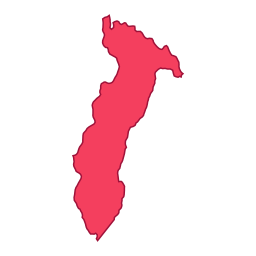 the district of Bertópolis, Minas Gerais, Brazil
{"feature_id": "56859067B74434501882476", "entity_name": "Bertópolis", "entity_type": "district", "adm_level": 2, "iso_a3": "BRA", "parent_name": "Brazil", "parent_adm1": "Minas Gerais", "projection": "natural_earth1", "projection_center": [-40.57, -16.985], "detail": "fine", "context": "isolated", "style": "filled", "palette": "rose", "viewbox_px": 256, "rotation_deg": 0, "n_neighbors": 0, "source": "geoboundaries", "source_scale": "gbopen_adm2", "svg_char_len": 3273}
<svg xmlns="http://www.w3.org/2000/svg" viewBox="0 0 256 256"><path d="M183.0,73.7L181.5,72.5L180.5,71.1L179.4,68.8L178.9,66.5L179.0,64.7L178.8,62.2L177.7,60.1L177.0,58.5L175.9,56.7L173.7,55.8L171.7,55.2L170.4,53.3L169.0,50.4L168.2,48.3L167.6,46.8L166.4,45.6L164.4,46.4L163.1,48.3L162.0,49.4L160.5,49.2L158.9,48.4L157.4,47.1L156.1,45.7L154.7,44.0L153.5,42.1L153.1,40.4L151.9,38.6L149.4,38.3L147.3,38.7L145.5,38.0L144.1,36.5L143.2,34.9L142.1,33.0L140.4,31.4L138.6,31.4L136.6,31.5L134.9,29.9L135.0,28.2L134.7,26.3L133.0,26.0L130.9,26.2L129.2,26.4L127.8,26.0L126.6,24.4L125.7,23.0L124.4,22.8L123.0,23.7L121.3,24.5L119.7,23.5L118.7,21.7L117.0,21.0L114.7,21.7L113.1,22.7L113.7,25.0L113.6,27.5L111.5,29.3L109.9,27.7L110.4,25.5L110.5,23.5L110.1,21.7L110.1,19.8L109.7,17.5L109.2,15.4L107.3,16.8L104.9,17.4L102.7,18.9L103.0,21.1L103.2,22.9L103.1,25.0L103.0,27.6L102.6,29.9L103.1,31.6L104.1,33.4L104.5,35.0L104.1,36.8L103.4,38.6L102.7,40.6L102.6,42.9L103.4,45.0L104.3,46.3L105.6,47.4L107.5,47.7L108.2,49.4L108.5,51.7L109.9,54.1L111.6,55.0L113.3,56.0L115.2,57.0L116.7,58.2L117.0,59.9L117.6,61.5L118.6,63.9L119.4,66.7L118.7,69.3L117.8,71.8L117.1,74.0L116.3,75.6L115.3,77.1L114.4,78.8L113.5,80.8L112.2,82.4L110.4,83.2L108.7,83.4L107.3,83.0L105.5,82.1L104.1,82.1L102.9,82.9L101.4,83.7L100.7,85.7L100.7,88.6L99.9,90.8L99.9,92.5L100.7,94.5L99.5,96.3L98.2,97.3L96.8,98.4L95.2,100.1L93.5,101.8L92.7,103.4L92.2,105.2L92.5,107.0L93.0,109.2L93.0,111.5L93.0,113.7L92.9,115.3L93.2,117.0L94.2,119.0L94.9,120.5L95.1,122.4L93.9,124.1L91.8,125.3L90.4,126.1L88.9,127.0L87.1,128.5L85.9,130.6L84.5,132.1L83.4,133.4L83.0,135.6L82.9,138.4L82.8,140.1L82.8,142.0L82.0,143.8L81.0,145.2L79.7,146.9L78.9,148.7L78.4,150.3L77.7,152.7L76.5,154.3L75.3,155.1L73.0,155.7L73.6,157.3L73.8,159.3L74.1,161.7L73.6,164.2L73.8,166.0L74.5,167.6L75.4,169.3L76.1,171.2L77.3,172.1L78.7,172.8L80.5,174.2L81.4,176.1L81.1,178.4L79.9,180.6L78.6,182.8L77.2,185.6L76.0,187.5L75.2,189.8L74.9,192.4L74.6,194.8L74.1,197.4L74.3,200.3L75.3,201.8L76.5,203.6L77.1,205.7L77.8,207.1L78.6,208.5L79.9,209.1L80.8,211.1L81.9,212.9L82.5,215.1L82.2,217.4L83.8,219.4L84.7,221.7L85.5,223.9L85.9,225.7L86.4,227.5L87.1,229.0L88.2,230.3L89.2,232.1L90.6,234.0L92.7,234.0L94.2,234.1L95.7,233.3L97.2,234.7L97.2,237.0L96.4,238.7L97.6,240.6L114.2,219.6L114.4,217.4L116.1,215.8L117.6,214.6L118.8,212.8L119.0,210.2L121.0,208.2L121.6,206.7L121.9,205.0L121.5,203.2L122.0,200.6L122.0,198.6L123.7,196.7L124.1,194.9L124.4,190.6L124.4,188.4L124.5,186.3L123.7,184.7L122.3,182.3L121.1,181.4L118.7,181.6L117.9,175.3L117.6,173.3L117.8,171.3L118.5,169.8L119.7,168.5L120.4,165.7L120.8,163.7L121.8,162.2L122.6,160.4L124.4,153.7L124.8,151.2L125.2,149.0L126.4,147.4L125.5,145.0L125.3,143.4L125.5,140.8L127.5,137.3L128.4,131.3L130.4,127.3L133.4,126.4L135.1,125.3L136.1,122.8L137.4,122.0L138.5,120.6L140.0,118.5L142.3,116.9L143.5,115.4L143.9,113.8L144.6,112.1L145.6,109.0L146.4,107.6L146.9,105.8L147.4,103.5L147.6,101.9L148.4,99.6L148.6,98.0L149.5,96.5L150.5,93.6L152.7,90.5L153.1,87.0L154.8,83.2L154.8,80.8L155.6,78.7L154.9,73.9L155.4,72.2L157.0,70.5L158.4,69.2L160.7,68.0L162.6,68.6L165.1,68.4L167.6,69.0L170.3,69.0L172.7,70.3L173.4,73.4L174.2,75.9L175.9,76.7L178.1,77.2L179.8,76.3L181.1,77.0L181.6,74.9L183.0,73.7Z" fill="#f43f5e" stroke="#9f1239" stroke-width="1.5"/></svg>